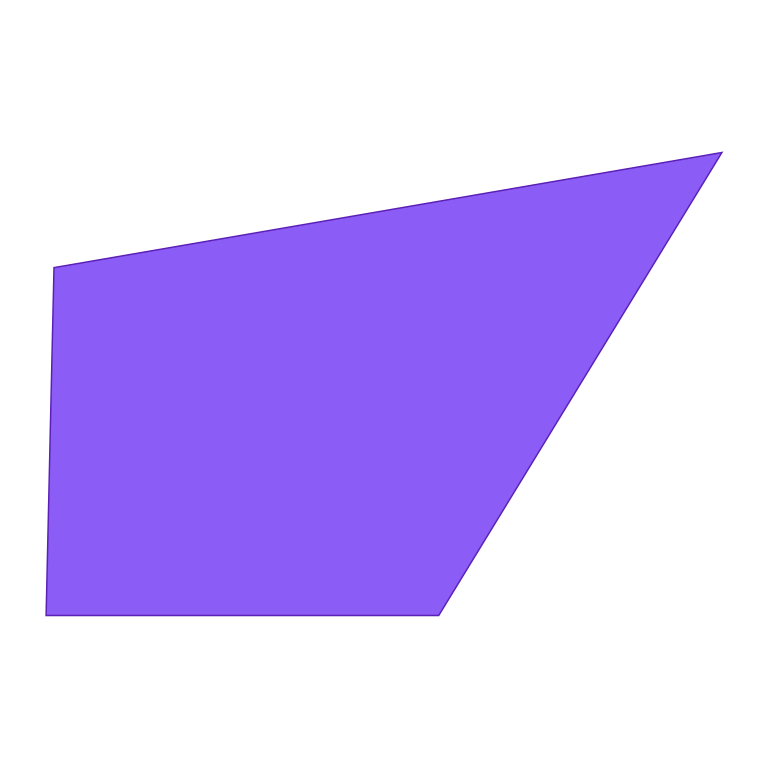 an SVG outline of Island Harbour
{"feature_id": "AIA-5117", "entity_name": "Island Harbour", "entity_type": "District", "adm_level": 1, "iso_a3": "AIA", "parent_name": "Anguilla", "parent_adm1": "", "projection": "natural_earth1", "projection_center": [-63.003, 18.271], "detail": "fine", "context": "isolated", "style": "filled", "palette": "violet", "viewbox_px": 768, "rotation_deg": 0, "n_neighbors": 0, "source": "natural_earth", "source_scale": "10m", "svg_char_len": 189}
<svg xmlns="http://www.w3.org/2000/svg" viewBox="0 0 768 768"><path d="M54.0,267.6L721.9,152.5L438.7,615.5L46.1,615.5L54.0,267.6Z" fill="#8b5cf6" stroke="#5b21b6" stroke-width="1.5"/></svg>